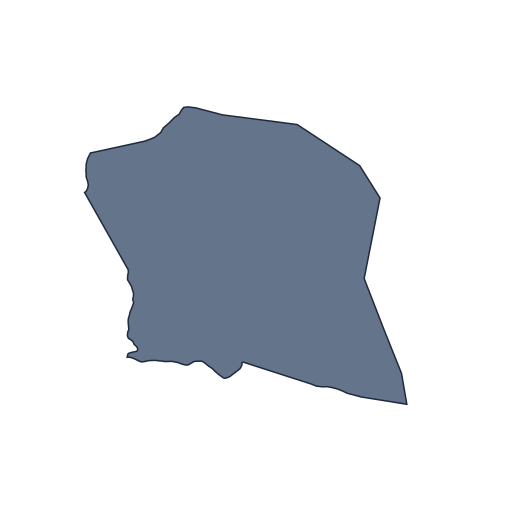 Santa Lucia, Francisco Morazán, Honduras, rotated 109°
{"feature_id": "27666195B58255966540050", "entity_name": "Santa Lucia", "entity_type": "district", "adm_level": 2, "iso_a3": "HND", "parent_name": "Honduras", "parent_adm1": "Francisco Morazán", "projection": "robinson", "projection_center": [-87.068, 14.129], "detail": "fine", "context": "isolated", "style": "filled", "palette": "slate", "viewbox_px": 512, "rotation_deg": 109, "n_neighbors": 0, "source": "geoboundaries", "source_scale": "gbopen_adm2", "svg_char_len": 5845}
<svg xmlns="http://www.w3.org/2000/svg" viewBox="0 0 512 512"><g transform="rotate(109 256 256)"><path d="M393.7,344.8L393.4,344.3L393.3,343.7L393.1,343.2L392.9,342.7L392.9,342.4L392.8,342.1L392.8,341.8L392.8,341.6L392.7,340.4L392.7,338.4L392.8,338.0L392.8,337.3L392.9,336.5L393.1,334.9L393.3,333.9L393.4,332.8L393.4,332.2L393.5,331.3L393.5,330.9L393.5,330.6L393.4,330.3L393.4,330.0L393.3,329.8L393.3,329.4L393.2,329.2L392.7,328.2L392.6,327.9L392.3,327.3L392.0,326.8L391.7,326.4L391.4,325.9L391.1,325.4L390.9,325.1L390.7,324.8L390.6,324.6L390.3,324.2L390.0,323.6L389.8,323.1L389.5,322.5L389.1,321.5L388.9,321.0L388.5,320.0L388.3,319.5L388.1,319.0L387.7,317.6L387.2,316.1L387.0,315.5L387.0,315.0L385.3,307.4L385.2,306.9L385.1,306.7L385.1,306.4L385.0,306.2L384.7,305.7L384.4,305.0L384.3,304.6L384.1,304.1L383.6,302.9L383.2,301.7L383.1,301.4L383.0,301.1L383.0,300.8L382.9,300.4L382.7,298.9L382.5,297.7L382.4,296.7L382.2,295.2L382.2,294.5L382.2,294.1L382.2,293.8L382.2,292.6L382.3,292.1L382.3,291.5L382.3,290.6L382.2,289.7L382.2,289.2L382.2,288.6L382.1,288.0L382.0,287.5L382.0,287.1L381.8,286.6L381.8,286.4L381.7,286.2L381.6,285.9L381.5,285.5L381.3,285.3L381.2,285.0L381.0,284.8L380.8,284.5L380.6,284.2L380.4,284.0L380.0,283.6L379.5,283.3L378.6,282.5L378.0,282.0L377.2,281.3L376.4,280.6L376.1,280.3L375.9,280.1L375.7,279.9L375.6,279.6L375.2,278.8L374.9,277.9L374.4,276.8L374.2,276.2L373.8,275.0L373.6,274.5L373.4,273.9L373.2,273.2L373.2,272.9L373.1,272.7L373.2,272.3L373.3,271.8L373.3,271.6L373.4,271.3L373.6,270.5L373.9,269.6L374.2,268.6L374.6,267.5L375.3,265.6L375.6,264.9L375.7,264.4L375.9,263.6L376.0,263.1L376.2,262.4L376.3,262.0L376.4,261.5L376.5,261.2L376.6,260.9L376.9,260.3L377.2,259.6L377.6,258.7L378.0,258.0L378.2,257.5L378.8,256.2L379.3,254.8L379.6,254.1L380.5,251.6L381.4,248.8L381.6,248.2L381.7,247.8L381.8,247.4L381.9,246.9L381.9,246.6L381.9,246.3L381.9,246.1L381.8,245.8L381.5,245.3L381.4,245.0L381.2,244.7L381.0,244.4L380.7,244.0L380.4,243.6L379.7,242.8L379.3,242.4L379.0,242.0L378.5,241.5L378.2,241.2L377.9,241.0L377.6,240.8L376.8,240.3L375.6,239.6L375.0,239.2L372.4,237.4L371.4,236.8L369.8,235.7L369.4,235.5L368.8,235.1L368.3,234.8L368.0,234.6L367.6,234.4L367.1,234.3L367.0,234.2L366.7,234.2L366.1,234.1L365.5,234.0L365.2,234.0L364.7,233.9L364.1,233.9L363.4,233.9L363.2,233.9L362.9,234.0L362.7,234.0L362.3,234.2L362.1,234.3L361.9,234.4L361.7,234.4L361.5,234.5L361.3,234.5L361.1,234.4L360.9,234.3L360.7,234.1L360.6,233.8L360.5,233.5L359.1,161.9L359.4,156.5L358.0,150.4L356.3,145.9L355.7,141.6L355.2,135.8L355.5,129.9L356.1,125.1L355.0,110.3L347.1,65.1L319.6,80.2L284.8,110.3L242.1,146.4L160.8,157.6L136.8,187.4L118.3,259.9L133.5,333.8L135.5,360.9L137.1,368.8L139.1,372.8L142.4,374.0L146.9,374.8L151.7,378.3L158.7,381.6L164.9,385.3L170.3,386.3L176.9,390.6L180.2,394.4L183.7,398.7L212.5,446.1L217.9,446.8L218.1,446.8L218.3,446.9L218.6,446.9L220.2,446.8L221.9,446.7L223.0,446.6L224.1,446.5L224.5,446.5L225.0,446.3L226.5,445.8L227.1,445.6L227.9,445.4L228.8,445.1L230.0,444.8L230.8,444.6L231.2,444.4L231.4,444.3L232.4,443.9L232.9,443.6L233.4,443.4L233.7,443.3L234.6,443.0L235.8,442.6L236.0,442.5L236.3,442.4L236.5,442.3L236.7,442.1L237.1,441.9L238.3,441.0L238.9,440.5L239.5,440.1L240.6,439.3L241.8,438.6L242.3,438.3L242.8,438.0L243.1,437.8L243.3,437.8L243.5,437.7L243.8,437.6L244.5,437.5L244.9,437.5L245.8,437.4L246.6,437.3L247.2,437.3L247.6,437.3L248.6,437.4L249.3,437.5L249.5,437.5L249.9,437.7L250.2,437.8L250.7,438.0L250.9,438.2L251.3,438.5L251.7,438.8L310.5,372.5L310.8,372.4L311.2,372.1L311.4,372.0L311.9,371.8L312.5,371.6L312.9,371.4L313.3,371.4L313.5,371.3L314.5,371.2L315.2,371.1L315.6,371.1L316.7,370.8L318.3,370.4L319.0,370.2L319.8,369.9L320.1,369.8L320.2,369.7L320.4,369.6L320.6,369.4L321.4,368.4L321.9,367.8L323.3,366.1L323.9,365.4L324.4,364.9L324.9,364.3L325.0,364.2L325.2,363.9L325.5,363.7L325.9,363.4L326.2,363.2L327.4,362.4L328.3,361.8L329.2,361.1L330.3,360.3L330.6,360.1L331.0,359.8L331.2,359.7L331.5,359.5L332.5,359.2L333.0,359.1L333.8,358.8L334.3,358.7L334.7,358.7L335.0,358.7L335.6,358.6L336.3,358.6L336.7,358.5L336.9,358.4L337.3,358.3L337.6,358.2L337.9,358.0L338.1,357.9L338.3,357.7L338.6,357.4L338.8,357.2L339.2,356.9L339.4,356.8L339.6,356.7L339.8,356.6L340.1,356.6L340.3,356.5L341.9,356.5L343.8,356.5L345.9,356.6L346.6,356.6L346.9,356.6L347.3,356.6L348.6,356.8L349.1,356.8L349.8,356.8L350.2,356.8L350.5,356.8L351.0,356.7L351.6,356.6L352.0,356.6L352.9,356.5L353.3,356.4L354.2,356.4L355.2,356.4L355.9,356.4L356.6,356.3L357.3,356.2L357.7,356.1L358.1,356.0L358.8,355.8L359.5,355.6L360.4,355.2L361.5,354.8L363.4,353.9L364.6,353.4L365.8,352.8L366.2,352.6L366.6,352.4L366.8,352.4L367.0,352.3L367.4,352.3L367.5,352.3L367.9,352.4L368.2,352.5L368.5,352.5L368.9,352.5L369.3,352.5L369.5,352.5L369.9,352.4L370.7,352.3L371.2,352.2L371.7,352.1L372.6,351.8L373.1,351.6L373.4,351.5L373.6,351.3L374.0,351.1L374.4,350.8L374.7,350.5L374.9,350.3L375.1,350.0L375.3,349.8L375.3,349.7L375.5,349.3L375.6,349.0L375.7,348.6L375.7,348.1L375.8,347.8L375.9,347.4L376.0,347.0L376.2,346.5L376.4,345.9L376.5,345.7L376.8,345.2L377.0,344.8L377.1,344.6L377.2,344.3L377.4,344.1L377.6,343.9L377.8,343.7L378.0,343.5L378.3,343.3L378.7,343.0L378.9,342.8L379.0,342.7L379.2,342.3L379.4,342.1L379.5,341.9L379.6,341.6L379.7,341.4L379.8,341.0L380.0,340.6L380.1,340.3L380.2,340.1L380.4,339.8L380.5,339.6L380.6,339.4L380.8,339.2L381.0,338.9L381.3,338.5L381.6,338.2L381.8,338.1L382.1,337.8L382.3,337.7L382.7,337.5L382.9,337.5L383.1,337.4L383.4,337.4L383.6,337.4L383.8,337.4L384.0,337.4L384.3,337.5L384.6,337.6L384.8,337.8L385.0,338.1L385.5,338.7L385.9,339.3L386.3,340.0L386.6,340.6L387.7,342.3L387.9,342.6L388.2,343.1L388.3,343.3L388.6,343.7L388.8,343.9L389.0,344.1L389.2,344.3L389.4,344.6L389.6,344.8L389.9,345.0L390.2,345.1L390.5,345.2L390.8,345.2L391.3,345.2L392.7,345.0L393.3,344.9L393.7,344.8Z" fill="#64748b" stroke="#1e293b" stroke-width="1.5"/></g></svg>